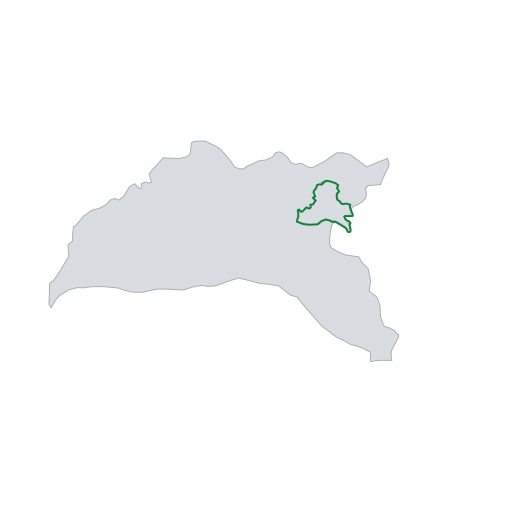 where Causeni sits in Moldova, rotated 302°
{"feature_id": "MDA-1649", "entity_name": "Causeni", "entity_type": "District", "adm_level": 1, "iso_a3": "MDA", "parent_name": "Moldova", "parent_adm1": "", "projection": "equal_earth", "projection_center": [29.315, 46.605], "detail": "fine", "context": "in_parent", "style": "outline", "palette": "green", "viewbox_px": 512, "rotation_deg": 302, "n_neighbors": 0, "source": "natural_earth", "source_scale": "10m", "svg_char_len": 3023}
<svg xmlns="http://www.w3.org/2000/svg" viewBox="0 0 512 512"><g transform="rotate(302 256 256)"><path d="M103.6,109.7L105.5,105.9L123.5,95.6L128.1,97.3L137.4,97.7L156.5,97.4L165.9,90.6L171.7,92.5L176.4,89.4L184.3,85.6L185.4,86.4L186.4,87.0L198.6,88.7L207.6,92.4L213.7,98.1L220.0,101.6L226.4,102.9L230.0,105.8L230.7,110.1L236.8,112.2L248.2,112.1L253.1,114.9L251.3,120.7L252.4,122.6L256.5,120.6L259.6,122.3L261.2,126.5L263.0,128.5L268.9,121.9L275.1,122.6L290.0,125.3L297.9,139.1L302.8,144.1L307.2,146.1L312.7,143.9L317.6,141.3L320.4,142.6L326.4,151.7L327.8,163.7L327.8,168.5L325.6,176.7L322.6,185.4L320.1,191.0L321.2,195.6L323.3,199.4L326.9,200.6L338.5,208.3L342.8,213.7L349.1,217.6L353.9,217.9L356.4,220.1L357.3,222.8L356.6,229.7L353.9,236.1L354.3,240.3L358.5,245.2L359.0,250.9L359.3,254.6L361.5,257.4L372.2,263.7L386.1,269.8L389.6,275.0L391.8,281.7L391.1,292.8L390.2,302.6L408.4,315.7L406.4,318.1L403.6,320.8L386.3,322.8L382.7,323.9L375.2,314.0L371.2,312.8L367.5,316.4L363.2,318.4L357.9,317.4L352.3,314.3L349.4,312.2L347.2,311.9L343.7,314.1L339.0,313.2L335.9,310.7L331.5,319.1L328.8,320.9L327.1,320.6L326.8,306.4L325.5,304.2L322.0,303.9L313.6,307.3L305.6,311.6L302.8,315.5L303.1,322.5L304.2,330.9L309.7,343.6L306.7,349.2L304.5,358.0L295.9,366.1L286.1,370.8L285.2,380.5L279.8,387.2L270.5,393.8L264.2,401.8L265.7,407.3L266.1,412.4L265.0,416.0L264.8,418.7L262.3,419.9L248.1,420.9L244.1,422.6L239.4,426.4L235.0,419.2L230.6,412.8L227.3,409.4L228.7,407.8L232.3,406.1L234.9,403.9L234.6,396.4L232.8,387.7L231.1,383.6L231.0,377.0L229.8,366.8L231.7,347.9L238.9,324.2L242.9,312.5L241.1,306.0L242.6,291.0L239.6,283.6L234.9,273.9L228.2,252.9L219.7,245.7L209.3,237.6L204.9,231.6L201.9,224.9L195.7,218.3L188.6,212.3L180.2,197.1L175.9,190.3L174.5,188.5L164.9,178.8L159.8,170.0L157.3,162.9L155.9,156.2L149.3,143.1L143.2,133.3L137.4,126.3L134.7,121.4L127.9,115.1L118.1,110.2L111.8,109.3L103.6,109.7Z" fill="#d9dde1" stroke="#a8b0b8" stroke-width="1"/><path d="M326.8,323.1L325.3,322.0L325.3,320.8L325.9,319.7L326.7,318.7L327.2,317.6L327.4,316.2L327.3,306.7L326.8,304.2L325.4,302.6L325.2,299.7L323.9,295.8L320.2,293.0L315.6,291.5L311.0,285.0L308.3,279.5L306.8,272.6L309.1,271.6L311.6,271.1L314.4,269.3L317.0,267.2L318.2,268.0L317.6,269.6L317.4,270.7L318.5,271.8L323.9,273.0L324.4,276.0L326.2,276.7L328.3,275.0L330.1,277.1L332.5,277.0L334.7,277.2L335.1,274.7L335.7,273.4L336.8,274.3L338.0,274.5L340.4,271.1L342.3,270.6L344.2,270.9L346.4,270.8L348.7,270.3L350.3,271.7L351.5,273.9L352.6,274.2L353.3,273.5L354.0,274.5L355.7,275.0L355.8,274.8L356.7,275.7L357.7,276.8L359.2,281.7L359.9,285.0L359.5,288.1L358.2,288.5L356.7,288.6L355.8,290.4L354.6,292.3L353.1,292.0L351.6,291.6L349.1,293.0L346.9,295.0L346.7,296.6L346.8,298.2L345.7,300.2L346.1,302.3L348.1,304.5L349.0,307.3L349.3,308.7L347.5,309.6L345.9,311.2L342.1,316.4L341.0,316.5L339.4,314.4L337.3,310.5L336.1,310.1L334.6,312.4L334.3,313.8L334.7,316.1L334.6,317.1L334.0,318.6L333.6,318.7L333.0,318.6L331.9,318.9L328.7,322.1L326.8,323.1Z" fill="none" stroke="#15803d" stroke-width="2"/></g></svg>